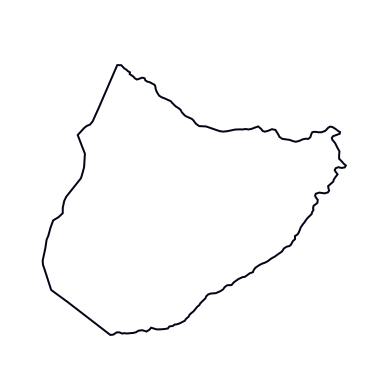 São Domingos do Araguaia, Pará, Brazil (Equal Earth projection), rotated 264°
{"feature_id": "56859067B37534389991606", "entity_name": "São Domingos do Araguaia", "entity_type": "district", "adm_level": 2, "iso_a3": "BRA", "parent_name": "Brazil", "parent_adm1": "Pará", "projection": "equal_earth", "projection_center": [-48.722, -5.682], "detail": "fine", "context": "isolated", "style": "outline", "palette": "ink", "viewbox_px": 384, "rotation_deg": 264, "n_neighbors": 0, "source": "geoboundaries", "source_scale": "gbopen_adm2", "svg_char_len": 2823}
<svg xmlns="http://www.w3.org/2000/svg" viewBox="0 0 384 384"><g transform="rotate(264 192 192)"><path d="M326.0,130.9L285.7,108.2L283.1,106.7L272.5,100.5L269.7,97.6L268.6,94.0L266.8,91.3L260.6,84.3L248.2,87.6L241.3,89.5L228.1,87.3L225.3,86.3L220.3,84.3L217.3,83.0L200.5,66.5L196.5,64.0L190.1,61.9L184.4,61.2L180.9,56.6L178.3,51.0L171.2,47.5L163.4,44.5L159.7,42.4L151.2,40.2L139.3,36.3L135.2,36.2L130.3,37.3L110.8,41.4L109.2,41.8L95.5,56.9L58.4,95.8L58.4,98.9L59.4,100.7L60.3,102.7L59.9,105.4L58.5,107.8L58.7,110.0L58.1,112.4L58.0,119.2L58.4,121.6L59.6,124.2L59.8,127.8L58.9,130.2L58.0,132.2L59.4,135.1L61.3,137.2L60.3,139.5L59.0,142.8L58.7,146.7L58.6,150.5L58.8,153.7L60.6,155.4L60.8,159.0L62.0,160.8L62.0,163.3L62.6,165.8L63.8,169.0L64.6,171.2L66.6,173.0L68.2,175.4L70.4,176.9L71.7,178.8L73.3,181.2L77.3,185.2L78.8,187.5L80.3,188.5L82.6,191.3L84.7,194.1L86.8,195.3L88.4,197.3L89.0,199.6L89.0,202.4L88.9,205.1L89.6,207.3L90.5,210.1L91.9,212.7L94.1,214.7L95.6,217.3L95.3,221.5L97.9,224.3L100.6,229.1L102.0,233.2L102.1,235.7L103.3,237.8L105.1,240.9L105.9,244.2L107.9,245.2L110.1,247.2L112.1,251.0L113.3,253.9L114.2,257.5L115.1,259.8L117.7,264.2L119.2,267.8L120.3,269.6L123.2,274.9L124.6,276.3L126.2,277.4L127.7,280.4L128.1,283.3L129.2,284.9L131.1,286.1L132.8,287.4L134.3,289.5L137.4,289.8L138.8,292.5L140.6,294.0L145.5,296.5L148.0,298.6L150.0,300.6L152.3,302.5L154.3,304.5L156.3,307.1L157.5,308.6L159.4,309.4L161.6,310.9L163.3,310.7L165.6,311.5L166.8,313.6L168.1,315.6L171.1,316.2L173.8,314.5L175.7,314.1L177.3,314.9L178.1,318.5L176.8,323.7L177.4,327.1L179.0,328.5L181.3,328.1L183.6,328.0L186.1,331.5L187.6,333.6L189.5,334.3L191.6,336.0L194.3,338.6L197.1,337.0L198.8,336.2L200.6,337.4L201.4,340.1L200.3,343.2L200.5,346.5L202.3,347.8L204.6,345.6L206.7,344.2L209.7,341.8L213.0,342.1L217.0,342.9L220.9,341.2L225.5,339.5L229.4,337.0L231.2,336.7L232.7,338.0L234.5,345.0L236.1,345.5L237.5,343.6L239.5,341.6L241.9,338.5L242.6,336.2L241.7,334.2L238.9,331.0L237.9,327.2L238.1,324.5L239.1,320.1L238.9,317.9L237.1,316.7L234.1,315.4L232.6,313.1L233.1,311.0L232.8,307.5L231.6,304.0L231.1,300.5L232.1,297.6L233.6,294.7L235.4,287.4L237.7,284.7L240.0,283.9L245.0,281.5L246.1,278.0L244.9,274.1L244.4,270.8L245.3,268.7L247.7,267.2L250.3,264.6L248.5,257.5L248.3,254.8L249.1,251.6L248.9,249.1L249.4,244.8L249.6,241.2L248.8,233.6L248.8,229.1L249.8,225.5L255.7,212.9L256.8,206.0L259.5,203.0L263.2,200.8L264.7,199.5L267.8,194.2L269.1,192.6L272.4,190.2L275.0,189.2L276.9,187.3L278.7,184.9L282.5,181.7L284.5,180.4L288.0,174.5L289.2,172.0L291.1,169.5L293.7,168.1L296.2,167.1L298.6,166.6L300.6,166.6L302.5,166.0L305.6,161.4L306.7,158.6L308.1,157.2L310.1,156.7L310.9,154.5L309.6,149.1L310.9,147.2L313.0,145.7L315.8,142.3L317.5,142.8L318.7,141.1L320.4,139.6L322.1,137.5L325.5,134.9L326.0,130.9Z" fill="none" stroke="#020617" stroke-width="2"/></g></svg>